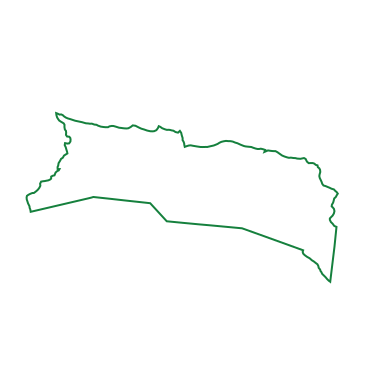 Camocim, Ceará, Brazil (Mercator projection), rotated 16°
{"feature_id": "56859067B40104820379814", "entity_name": "Camocim", "entity_type": "district", "adm_level": 2, "iso_a3": "BRA", "parent_name": "Brazil", "parent_adm1": "Ceará", "projection": "mercator", "projection_center": [-40.84, -2.967], "detail": "fine", "context": "isolated", "style": "outline", "palette": "green", "viewbox_px": 384, "rotation_deg": 16, "n_neighbors": 0, "source": "geoboundaries", "source_scale": "gbopen_adm2", "svg_char_len": 3341}
<svg xmlns="http://www.w3.org/2000/svg" viewBox="0 0 384 384"><g transform="rotate(16 192 192)"><path d="M42.4,255.5L94.4,226.5L97.0,225.0L98.5,224.0L116.3,220.9L130.5,218.5L150.7,215.0L154.9,214.3L173.7,225.8L175.8,227.1L191.0,224.3L207.5,221.2L218.8,219.0L250.1,213.1L264.1,214.0L314.9,217.4L314.9,219.1L315.9,220.6L317.7,221.6L320.4,222.6L323.4,223.3L326.1,224.6L328.3,225.2L330.4,226.1L332.5,226.9L333.9,228.4L334.7,230.0L336.5,231.2L337.3,232.5L338.5,233.4L339.7,234.8L341.9,236.0L343.9,237.1L345.8,238.4L348.0,239.6L349.6,240.2L344.0,205.1L340.5,185.7L338.1,185.4L335.9,183.7L333.8,182.6L332.2,180.8L331.8,179.4L332.8,177.5L333.7,175.9L334.3,173.5L334.2,171.1L333.1,169.1L331.7,168.1L330.2,167.3L330.0,165.6L330.6,163.3L330.6,161.6L330.5,159.0L331.6,157.2L332.1,154.9L332.6,153.4L331.1,152.2L329.3,151.4L327.7,150.4L325.2,150.4L323.1,150.0L321.2,149.8L318.9,149.5L316.6,149.5L314.9,148.2L313.9,146.7L312.7,145.3L311.0,143.4L310.0,141.6L309.8,139.9L309.8,137.4L309.0,135.4L307.9,134.2L306.1,133.4L305.3,131.8L303.4,131.8L301.8,131.0L300.0,130.9L298.3,131.4L296.2,132.1L294.1,131.1L292.1,128.9L290.3,128.5L287.1,130.2L283.8,130.9L282.2,130.9L280.0,131.4L277.6,131.7L275.8,132.4L274.1,132.5L271.2,132.4L268.6,132.1L265.7,131.1L263.2,130.2L261.0,129.7L258.4,130.4L256.0,130.8L253.6,131.1L252.2,132.2L250.6,133.5L250.8,131.4L248.5,131.3L246.2,131.4L244.8,132.1L243.1,132.6L241.1,132.7L238.6,132.6L236.6,132.4L232.8,133.1L231.0,133.4L229.3,133.5L227.3,133.3L225.4,133.1L222.2,132.6L219.8,132.6L217.3,132.3L215.1,132.5L212.9,133.1L210.6,133.5L208.5,134.5L206.4,135.7L204.8,137.1L203.4,138.7L202.3,139.6L200.1,141.3L196.8,143.1L194.3,144.5L192.5,145.0L190.0,145.8L187.7,146.4L184.7,146.8L180.3,147.3L177.9,147.5L176.1,148.2L174.4,149.3L172.6,150.6L171.6,148.8L171.1,147.5L169.9,145.8L168.7,144.8L168.1,142.7L166.5,140.3L165.3,138.1L163.5,136.6L162.2,138.8L159.6,138.9L157.3,138.2L155.3,138.4L153.6,138.4L152.2,138.7L150.7,139.2L148.7,139.2L145.7,138.9L143.5,138.1L141.9,137.9L141.6,140.1L140.7,142.4L138.8,144.0L137.2,144.6L135.1,145.1L133.6,145.2L131.9,145.3L128.7,145.1L125.9,145.1L123.3,144.7L121.3,144.3L119.4,143.9L116.7,144.3L115.1,146.5L113.2,148.3L111.5,149.0L109.7,149.4L108.1,149.7L106.5,149.9L104.2,150.3L100.9,150.2L98.4,150.2L96.7,150.6L94.5,151.7L93.5,152.8L91.3,153.5L89.2,153.9L86.3,154.3L83.2,154.1L81.7,153.7L79.5,154.1L76.9,153.9L75.1,154.5L73.4,154.7L71.1,155.2L67.0,155.2L64.3,155.4L61.4,155.6L60.0,155.7L55.1,155.5L52.2,155.5L50.1,155.2L48.0,154.5L46.5,153.7L44.8,153.5L43.4,154.1L41.2,153.7L39.7,153.6L40.5,155.5L41.8,157.5L43.0,158.6L44.6,159.9L46.8,160.6L48.4,161.0L49.8,161.4L50.9,162.5L51.5,164.8L52.6,167.0L54.0,168.0L54.7,169.7L55.1,171.8L56.6,173.1L58.8,172.7L60.1,173.6L60.8,175.0L61.2,177.0L60.5,179.1L58.9,179.8L56.5,180.0L56.7,182.0L58.3,183.8L59.6,185.9L60.8,187.7L61.6,189.3L60.4,190.6L58.9,192.3L58.4,194.6L57.0,196.3L56.6,198.3L55.8,201.1L56.1,203.4L55.9,205.1L56.5,206.9L58.3,206.5L57.9,208.0L56.6,209.1L55.5,210.9L55.2,213.9L53.6,214.8L52.4,216.0L52.9,218.0L52.1,219.2L50.7,220.4L48.9,221.3L47.4,222.1L45.9,222.7L44.1,223.6L43.7,225.9L44.5,227.8L44.1,230.0L43.3,232.1L42.3,233.8L41.3,235.2L40.3,236.5L38.8,237.0L37.1,238.3L35.5,239.8L34.4,241.2L34.5,242.8L35.2,244.7L36.6,246.7L37.5,248.1L38.7,249.4L39.7,250.5L40.3,252.0L41.4,253.4L42.4,255.5Z" fill="none" stroke="#15803d" stroke-width="2"/></g></svg>